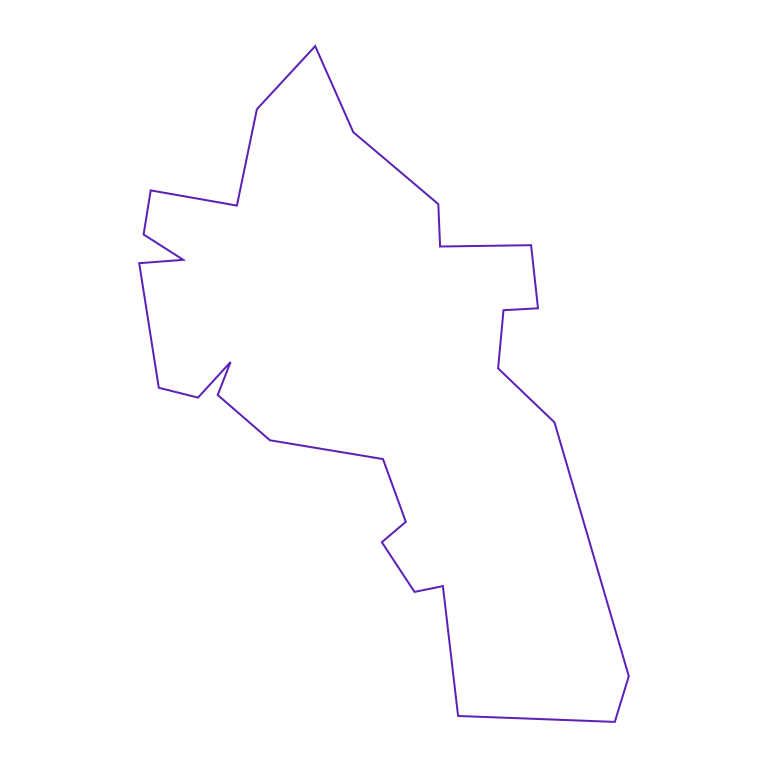 Shuto Orizari, Čučer Sandevo, North Macedonia (Mercator projection)
{"feature_id": "65306769B24962411373352", "entity_name": "Shuto Orizari", "entity_type": "district", "adm_level": 2, "iso_a3": "MKD", "parent_name": "North Macedonia", "parent_adm1": "Čučer Sandevo", "projection": "mercator", "projection_center": [21.412, 42.049], "detail": "fine", "context": "isolated", "style": "outline", "palette": "violet", "viewbox_px": 768, "rotation_deg": 0, "n_neighbors": 0, "source": "geoboundaries", "source_scale": "gbopen_adm2", "svg_char_len": 474}
<svg xmlns="http://www.w3.org/2000/svg" viewBox="0 0 768 768"><path d="M554.5,422.4L498.1,368.4L503.5,310.2L538.0,308.3L531.1,245.2L440.1,246.5L438.3,204.1L353.3,132.2L315.2,46.1L256.9,109.2L236.9,205.6L150.7,190.4L143.6,234.5L183.2,259.8L139.2,263.2L158.8,387.8L198.0,397.6L230.6,362.0L217.7,395.0L270.0,440.3L383.0,459.1L405.8,521.8L381.8,542.2L414.5,591.9L442.9,586.1L458.1,716.0L614.8,721.9L628.8,676.2L554.5,422.4Z" fill="none" stroke="#5b21b6" stroke-width="2"/></svg>